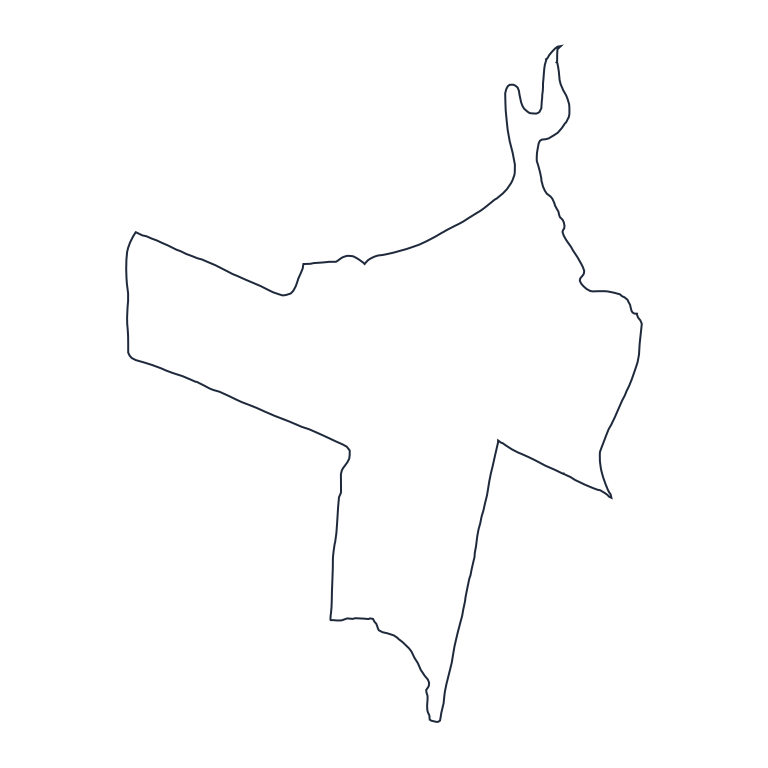 La Ressource, Dennery, Saint Lucia
{"feature_id": "8701671B86453873223968", "entity_name": "La Ressource", "entity_type": "district", "adm_level": 2, "iso_a3": "LCA", "parent_name": "Saint Lucia", "parent_adm1": "Dennery", "projection": "robinson", "projection_center": [-60.915, 13.943], "detail": "fine", "context": "isolated", "style": "outline", "palette": "slate", "viewbox_px": 768, "rotation_deg": 0, "n_neighbors": 0, "source": "geoboundaries", "source_scale": "gbopen_adm2", "svg_char_len": 5667}
<svg xmlns="http://www.w3.org/2000/svg" viewBox="0 0 768 768"><path d="M303.4,264.0L303.1,265.7L302.7,268.5L300.4,274.0L298.3,278.6L297.4,281.6L295.8,286.1L293.5,290.5L292.2,292.0L290.7,293.5L287.9,294.4L285.6,295.1L282.5,295.4L278.7,294.2L273.1,292.3L266.6,289.1L260.7,286.1L253.9,283.2L245.4,279.6L237.4,276.0L232.7,274.1L224.4,269.8L215.1,265.1L205.9,261.2L202.0,259.5L197.5,258.3L192.3,256.2L186.3,254.0L180.6,251.2L176.5,249.7L167.6,245.3L161.8,242.8L156.7,240.4L151.5,238.5L146.3,236.2L142.4,235.4L135.8,232.2L134.8,233.7L133.0,236.6L130.1,242.4L128.0,248.2L127.1,252.1L126.4,259.8L126.2,269.3L126.5,278.4L126.9,283.9L128.1,293.3L128.1,300.9L127.5,308.1L127.1,317.4L127.2,323.9L127.7,329.3L128.1,335.9L128.2,344.2L128.2,349.9L128.2,352.6L129.6,355.6L131.7,358.0L135.8,360.1L145.2,362.8L152.4,365.1L161.3,368.4L166.0,370.5L172.2,372.8L175.8,374.0L182.4,376.1L190.2,379.4L195.4,381.7L196.8,381.9L203.8,385.4L209.8,388.6L213.4,390.0L219.4,391.7L229.3,396.2L236.7,399.8L241.5,402.0L246.7,404.0L256.4,407.8L264.8,411.6L274.5,415.8L289.0,421.4L301.9,426.9L309.0,429.2L321.7,434.8L331.4,439.3L335.8,441.4L342.4,444.3L346.8,446.7L349.7,450.5L349.7,455.0L349.2,458.7L347.3,462.4L345.1,465.4L343.1,468.1L341.8,470.4L340.9,474.4L341.0,484.0L341.0,492.4L340.5,493.9L339.0,497.2L338.1,507.2L337.2,521.8L336.4,533.0L335.7,538.0L335.1,542.4L334.7,543.6L333.6,551.2L333.1,555.8L332.9,558.7L332.8,568.1L332.6,574.1L332.3,582.5L331.9,592.5L331.8,599.4L331.5,607.5L331.0,613.0L330.7,615.0L330.4,619.3L330.7,620.1L332.9,620.1L337.3,620.5L341.5,620.4L347.3,618.4L352.6,618.9L355.4,618.2L364.9,618.7L366.6,618.9L368.7,619.0L370.0,618.4L373.0,618.9L374.5,621.8L376.3,623.8L377.3,626.4L377.9,628.5L378.9,630.3L382.5,632.2L387.4,633.3L393.8,635.4L397.4,637.8L398.4,638.9L402.8,642.3L407.3,646.7L409.0,648.3L411.6,651.8L414.5,657.9L417.7,662.9L419.1,666.0L420.7,669.8L424.8,675.9L427.9,679.6L429.1,682.8L428.9,685.5L428.2,687.1L426.2,690.0L426.4,692.2L427.5,695.7L427.6,698.5L427.1,705.8L427.3,710.0L427.9,712.3L429.4,715.6L429.6,718.7L429.7,719.6L431.3,720.7L436.5,721.9L438.2,721.8L440.0,720.6L440.7,716.9L441.3,712.9L443.6,703.3L444.1,698.2L444.8,692.1L446.4,684.2L449.0,673.8L451.8,662.5L452.9,655.6L454.5,646.3L457.5,633.4L460.3,622.7L462.2,615.6L463.2,609.8L465.0,601.4L465.5,597.4L467.2,588.7L467.9,585.3L469.3,578.7L470.5,575.2L471.7,569.0L473.9,559.5L474.5,557.3L474.8,552.9L476.0,546.3L477.3,536.1L478.6,529.1L480.2,523.5L481.6,516.5L483.5,510.2L484.9,503.8L487.0,495.3L487.9,490.0L489.3,481.2L490.9,473.3L492.6,466.4L494.9,456.1L496.9,447.4L498.0,442.7L498.1,440.5L501.1,442.7L502.7,443.2L506.1,445.6L512.0,449.4L517.8,452.4L521.7,454.0L528.6,457.1L535.0,460.2L545.4,465.7L554.4,469.6L563.1,473.8L563.7,473.5L564.0,474.1L570.6,477.1L574.9,479.9L578.5,481.6L584.5,484.5L591.6,487.5L595.2,488.9L597.8,489.8L600.0,490.2L600.8,490.6L605.4,493.4L607.4,494.9L609.2,496.8L611.4,497.8L610.6,494.4L609.2,492.4L607.8,489.7L605.5,484.0L603.1,477.2L601.4,471.0L600.7,467.4L599.9,461.1L599.8,454.3L600.0,451.8L601.4,447.9L604.1,440.9L606.4,434.8L608.7,429.1L611.1,425.0L613.4,420.2L614.9,417.1L618.2,409.5L622.1,400.6L624.9,395.3L626.6,391.0L629.0,386.2L631.7,379.5L633.8,373.5L636.1,366.8L637.6,362.1L639.0,354.6L639.3,349.4L639.7,343.3L640.6,335.0L641.8,323.9L641.4,322.8L640.3,320.3L638.1,317.6L636.9,314.5L637.0,313.7L634.6,313.6L633.6,313.2L632.5,312.4L631.5,310.8L630.7,307.7L630.1,304.9L628.2,301.4L627.7,300.0L626.2,298.7L624.5,297.3L622.2,296.3L619.9,294.3L618.0,293.8L614.5,292.8L607.5,291.4L604.3,291.2L597.6,291.2L592.8,291.4L590.3,291.0L586.6,289.0L583.4,286.2L581.1,283.5L579.8,280.7L580.3,278.3L581.5,276.9L583.3,274.7L583.9,273.3L584.2,270.9L583.0,267.4L581.4,264.2L577.6,257.4L573.0,250.5L571.1,247.0L568.2,242.9L566.0,239.7L563.7,235.6L562.5,231.9L563.0,230.2L564.2,228.4L564.5,225.8L563.9,222.7L562.9,220.3L561.7,218.8L560.1,217.4L559.3,215.5L558.4,211.6L556.7,208.7L554.8,205.1L554.7,204.0L552.6,199.2L551.5,197.6L550.5,196.5L548.2,194.7L546.8,193.7L544.9,190.8L543.0,186.6L541.3,180.1L541.4,178.9L540.5,174.5L540.1,172.5L538.2,165.4L536.8,161.1L536.7,158.0L537.0,152.7L537.9,147.5L538.7,143.3L539.9,140.8L541.9,139.6L545.8,139.2L548.7,138.4L554.3,135.0L557.7,132.8L561.8,128.1L564.9,123.5L566.2,122.2L568.8,117.0L569.4,114.1L569.4,107.7L569.1,104.1L567.6,99.1L566.2,95.5L563.2,90.2L560.6,84.1L559.6,80.0L558.8,71.4L558.1,66.8L557.2,62.5L556.6,62.3L557.1,61.6L557.2,53.5L557.4,50.3L557.6,49.1L560.8,46.1L557.5,46.7L555.1,48.5L552.2,51.5L549.2,55.1L547.8,57.6L546.6,59.2L546.0,59.3L546.2,60.1L544.8,65.0L544.3,68.5L543.8,74.2L543.6,77.2L543.0,83.5L543.0,87.2L542.7,91.9L542.3,94.2L542.1,98.7L541.8,100.9L541.4,107.0L541.3,108.4L539.4,112.0L537.7,113.1L536.1,113.6L532.5,113.4L531.1,113.3L529.5,113.0L527.4,111.6L524.1,108.7L522.5,106.0L521.1,102.3L519.5,94.7L518.9,90.7L517.6,87.5L515.3,85.6L513.2,84.7L509.7,84.8L507.8,86.2L506.2,89.3L505.2,93.3L505.4,102.6L505.7,110.4L506.8,121.8L507.7,130.1L509.7,141.2L512.7,153.0L514.1,160.5L514.9,164.6L514.8,171.9L514.5,174.6L512.7,179.8L511.1,183.1L506.9,189.2L502.9,193.4L496.7,198.5L494.7,199.6L490.3,203.2L484.6,207.8L480.6,210.7L476.9,212.9L469.0,217.8L463.3,221.5L458.5,224.1L454.0,226.3L451.9,227.4L446.6,230.1L444.3,231.5L441.5,233.0L435.4,236.6L429.5,239.7L425.8,241.6L419.1,244.7L415.7,245.9L410.8,247.6L406.3,249.1L400.1,250.8L393.7,252.6L386.1,254.3L382.6,255.0L378.1,255.5L375.1,256.4L371.5,258.0L368.2,260.0L365.8,262.5L364.6,264.0L363.6,262.9L358.9,259.5L356.5,258.0L353.2,256.3L350.9,256.0L347.8,255.8L345.8,256.2L343.3,257.0L341.4,258.0L339.6,259.3L337.3,261.0L335.9,261.8L329.3,261.8L327.7,262.0L322.4,262.5L313.6,263.1L310.5,263.8L304.4,264.0L303.4,264.0Z" fill="none" stroke="#1e293b" stroke-width="2"/></svg>